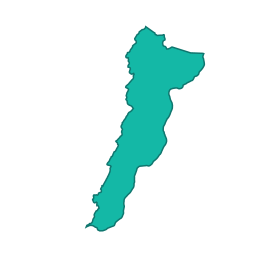 Ibotirama, Bahia, Brazil (Robinson projection), rotated 216°
{"feature_id": "56859067B45817920409043", "entity_name": "Ibotirama", "entity_type": "district", "adm_level": 2, "iso_a3": "BRA", "parent_name": "Brazil", "parent_adm1": "Bahia", "projection": "robinson", "projection_center": [-43.208, -11.971], "detail": "fine", "context": "isolated", "style": "filled", "palette": "teal", "viewbox_px": 256, "rotation_deg": 216, "n_neighbors": 0, "source": "geoboundaries", "source_scale": "gbopen_adm2", "svg_char_len": 5858}
<svg xmlns="http://www.w3.org/2000/svg" viewBox="0 0 256 256"><g transform="rotate(216 128 128)"><path d="M89.0,67.8L89.3,68.9L89.3,70.3L89.2,71.1L89.0,72.1L89.0,73.0L88.7,75.0L88.4,76.1L88.3,77.2L88.3,78.0L88.4,79.1L88.5,80.3L88.6,81.2L88.6,83.0L88.8,83.8L89.3,84.9L89.8,85.7L90.3,86.2L90.6,86.8L90.7,87.6L91.3,88.7L92.2,89.7L93.0,90.8L93.4,91.5L94.1,92.2L94.6,93.2L95.1,95.2L95.7,97.2L96.2,98.9L96.9,100.5L96.9,101.5L96.7,102.3L96.4,103.5L95.5,104.5L94.4,105.4L93.0,106.7L91.7,107.8L91.1,108.5L90.3,108.9L89.4,109.2L88.7,109.7L88.3,110.3L88.0,111.0L87.7,112.1L87.5,113.0L87.6,114.1L87.8,116.0L87.5,117.0L87.3,117.7L86.9,119.5L86.7,121.0L86.7,123.0L86.8,124.2L86.7,125.2L86.5,125.9L86.6,127.0L86.7,127.7L87.1,129.0L87.3,130.1L87.5,131.0L87.8,132.4L88.1,134.4L88.0,136.3L88.1,137.1L88.4,138.5L88.9,139.8L89.7,140.9L90.7,141.9L91.7,142.5L92.5,143.0L93.4,143.5L94.4,144.3L95.4,144.8L95.9,145.4L96.4,145.9L97.3,146.2L98.1,146.7L99.2,148.3L100.1,149.8L100.3,151.0L100.4,152.4L100.9,154.2L101.2,155.5L101.5,157.3L101.7,158.4L101.5,160.2L101.7,162.1L102.1,164.0L102.7,165.8L103.3,168.6L103.8,170.1L105.4,172.5L107.2,174.2L109.9,175.6L111.0,176.4L112.9,178.1L114.1,178.8L114.7,179.2L115.2,179.8L116.1,181.2L116.5,183.0L116.5,183.9L116.2,184.7L115.1,186.3L114.0,187.4L113.1,188.3L112.2,189.0L111.6,189.3L110.4,189.5L109.7,189.8L108.6,190.9L108.0,191.9L107.8,193.0L108.0,194.0L108.6,195.0L108.2,196.0L107.8,196.7L106.9,198.3L106.7,199.4L106.2,200.2L105.4,201.7L104.6,203.4L104.0,204.2L103.8,205.2L103.9,206.5L104.3,207.9L104.3,208.8L103.7,209.6L103.2,210.2L102.8,211.0L102.6,211.9L102.5,213.1L103.0,214.3L103.3,215.3L102.9,217.9L102.8,220.0L103.0,222.4L103.4,224.0L104.3,225.2L105.7,226.6L106.4,227.2L107.3,228.1L108.0,228.7L108.7,229.0L109.2,229.4L109.9,230.9L110.4,232.7L111.3,232.4L119.8,226.7L121.4,225.6L139.7,219.5L140.3,219.0L140.6,218.0L140.9,217.3L141.4,216.6L141.7,215.9L142.3,215.3L143.2,214.7L144.0,215.2L144.6,215.6L145.6,215.8L146.3,215.7L147.1,215.3L147.9,215.3L148.5,215.7L149.8,216.9L150.3,217.8L150.6,218.7L150.6,219.5L149.9,221.0L150.4,221.8L151.2,222.4L152.0,222.8L152.8,223.9L153.6,224.6L154.2,224.3L154.5,223.5L156.2,222.2L157.2,221.4L158.1,220.6L158.8,220.0L160.1,220.0L160.8,219.7L161.6,220.2L162.3,220.7L163.2,220.5L173.2,220.4L172.8,219.3L172.9,218.1L173.2,217.2L173.7,216.5L174.4,215.9L174.7,214.7L175.1,213.4L175.4,212.3L174.9,211.1L174.9,210.1L175.3,209.4L175.5,208.5L175.3,207.4L175.2,205.7L175.1,204.3L174.2,203.4L172.8,203.3L171.9,202.5L171.4,201.7L171.6,200.7L172.0,199.4L172.4,198.0L172.5,197.1L172.0,196.4L171.9,195.1L171.9,194.1L172.0,193.0L171.8,191.9L171.5,191.0L171.5,190.1L172.0,189.5L172.7,188.7L172.2,187.5L172.2,186.3L172.1,185.2L171.6,184.3L170.9,183.9L170.1,184.1L169.5,184.7L168.9,184.9L168.5,184.1L167.5,183.5L167.3,182.5L166.6,182.0L165.7,181.9L165.0,181.2L164.7,180.2L164.7,178.9L164.4,178.1L163.8,177.3L162.8,177.7L161.7,177.9L160.7,177.1L160.6,176.3L160.3,175.5L159.9,174.2L159.1,173.5L158.2,173.7L157.2,173.5L156.4,173.9L156.1,174.7L155.5,175.5L154.6,174.9L154.5,174.0L154.3,173.2L153.5,172.4L153.1,171.8L152.8,170.8L153.0,169.8L153.2,168.7L153.2,167.6L153.3,166.6L153.4,165.8L153.4,165.0L153.4,164.1L153.7,162.8L154.0,161.8L154.2,160.6L153.8,159.6L153.0,159.5L152.1,159.8L151.2,159.8L150.4,159.7L150.0,158.9L149.7,157.7L149.6,156.7L149.5,155.8L149.1,155.0L148.8,154.1L148.4,153.0L147.1,152.3L146.6,151.4L146.6,150.1L146.0,149.7L145.0,149.7L144.5,149.2L142.8,147.5L142.0,147.2L141.0,147.2L140.2,147.3L139.4,147.5L138.1,147.8L137.4,147.7L136.4,147.3L135.1,146.9L135.3,145.4L135.2,144.3L135.5,143.4L135.7,142.7L136.0,141.9L136.4,141.1L136.4,140.3L136.4,139.5L136.1,138.7L136.0,137.8L136.1,136.8L136.1,136.0L135.8,135.1L135.7,133.9L135.7,132.9L135.8,131.9L135.6,130.8L135.6,129.7L135.7,128.6L134.9,127.9L134.9,126.4L134.5,125.2L133.6,124.4L132.9,124.2L132.3,124.0L131.6,123.5L131.3,122.0L130.8,120.9L130.1,120.6L129.5,119.9L128.8,119.1L128.8,118.2L129.0,117.3L129.3,116.6L129.1,115.8L129.2,114.7L129.4,113.7L129.5,112.1L129.7,111.3L130.1,110.2L129.0,109.8L128.1,109.9L127.5,109.5L126.8,108.7L125.9,108.7L125.5,108.0L125.2,107.0L125.1,105.8L125.0,104.7L124.8,103.6L124.6,102.5L124.6,101.5L125.2,100.6L125.0,99.7L124.8,98.6L124.6,97.8L124.3,96.9L124.1,95.8L124.7,95.0L124.3,94.1L124.4,93.2L124.1,91.8L123.9,90.8L123.7,90.0L123.8,89.1L123.9,88.1L123.9,87.3L123.7,86.3L123.0,86.0L122.1,86.4L121.2,86.7L120.0,87.2L119.2,87.0L118.9,85.7L118.7,84.7L118.0,84.0L117.2,82.7L116.8,81.6L116.4,80.1L116.1,78.7L115.9,77.7L115.8,76.6L115.5,75.5L115.4,74.6L115.4,73.8L115.1,72.7L115.0,71.5L114.9,70.5L114.7,69.1L114.5,67.3L114.2,66.5L115.1,66.0L114.5,65.0L114.4,63.4L114.2,62.5L113.3,62.3L112.7,61.6L112.1,60.8L112.2,59.9L113.0,59.0L113.5,58.0L113.0,56.6L113.4,55.6L114.4,55.3L115.1,54.4L116.2,53.9L116.1,52.6L115.3,52.2L114.9,51.6L114.3,50.4L114.7,49.6L114.3,49.0L113.7,48.8L112.9,48.2L112.3,47.8L111.2,47.7L110.4,48.6L110.1,49.4L109.3,49.4L108.7,48.6L108.1,47.5L107.5,46.9L107.0,47.6L106.0,47.3L105.2,46.8L104.3,46.1L104.6,44.5L104.4,43.7L104.5,42.8L105.0,42.3L104.9,41.0L104.8,40.1L104.7,39.1L104.4,38.0L103.7,37.2L103.1,36.7L102.7,35.8L102.8,34.9L102.7,33.9L102.4,33.0L102.0,32.1L101.7,31.1L101.5,30.4L101.8,29.6L102.0,28.7L102.9,28.1L103.0,27.2L103.1,26.3L103.9,25.6L104.0,24.8L103.8,24.0L103.6,23.3L103.1,24.4L102.4,25.5L101.9,26.4L101.2,27.1L100.4,27.7L99.4,28.1L98.7,28.5L97.0,28.5L96.0,28.6L94.8,29.0L94.0,28.9L93.1,28.1L92.3,27.8L91.4,28.0L90.4,28.2L89.0,29.3L88.4,29.7L87.8,30.3L87.4,30.9L86.8,31.8L86.2,32.7L85.9,33.4L85.8,34.1L85.6,34.9L84.6,36.5L83.6,38.1L82.7,39.4L82.1,40.3L81.8,41.2L82.0,42.1L82.3,42.9L82.5,44.0L82.5,44.9L82.3,45.7L82.0,46.9L81.5,48.7L81.1,49.9L80.7,50.6L80.5,51.5L80.5,52.5L80.7,53.5L81.0,54.4L81.2,55.3L81.3,56.0L82.0,57.1L83.0,58.2L84.0,60.4L84.4,61.2L84.7,62.0L85.2,62.7L85.9,63.2L86.9,64.3L87.6,65.3L88.0,66.2L88.4,66.7L89.0,67.8Z" fill="#14b8a6" stroke="#0f766e" stroke-width="1.5"/></g></svg>